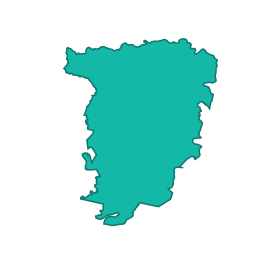 outline of Rosamorada, Nayarit, Mexico, rotated 282°
{"feature_id": "50627088B89463158641858", "entity_name": "Rosamorada", "entity_type": "district", "adm_level": 2, "iso_a3": "MEX", "parent_name": "Mexico", "parent_adm1": "Nayarit", "projection": "natural_earth1", "projection_center": [-105.198, 22.15], "detail": "fine", "context": "isolated", "style": "filled", "palette": "teal", "viewbox_px": 256, "rotation_deg": 282, "n_neighbors": 0, "source": "geoboundaries", "source_scale": "gbopen_adm2", "svg_char_len": 5808}
<svg xmlns="http://www.w3.org/2000/svg" viewBox="0 0 256 256"><g transform="rotate(282 128 128)"><path d="M127.7,87.1L126.9,85.2L124.8,85.4L125.1,86.9L123.2,86.5L123.4,88.1L118.6,88.8L118.1,94.9L115.4,95.0L107.6,90.3L99.3,93.2L99.8,93.8L100.5,93.8L100.7,94.4L101.4,94.8L101.3,95.8L101.4,96.8L95.3,102.6L86.5,99.7L93.9,96.0L93.3,94.3L94.8,94.1L94.7,91.3L93.5,89.3L92.8,88.8L90.8,89.7L87.1,94.1L84.6,94.6L83.1,94.6L82.5,94.3L79.6,94.7L79.8,95.8L79.6,96.0L78.6,95.8L79.0,99.4L80.9,105.6L74.5,111.3L75.1,109.6L74.2,109.0L73.5,107.1L73.0,106.8L72.3,106.9L72.5,107.3L72.2,107.9L70.8,108.0L70.2,108.3L69.1,108.1L68.2,109.0L67.5,108.7L66.5,108.9L65.8,108.2L65.7,107.6L65.0,108.0L64.2,107.5L63.5,107.8L63.1,109.0L62.4,109.9L61.6,109.9L60.5,111.0L60.5,111.3L60.0,111.3L59.8,111.1L59.1,111.4L59.3,110.1L57.9,110.1L57.6,107.6L58.5,106.4L58.5,104.5L58.1,104.5L57.8,105.1L57.4,105.1L57.3,104.7L56.7,104.5L55.9,106.9L55.5,106.8L55.1,105.1L54.3,104.5L54.0,103.3L53.6,103.0L52.5,103.0L52.3,102.3L51.9,102.3L50.3,99.6L50.4,99.1L51.7,98.9L51.7,97.4L50.8,97.3L50.6,97.6L50.3,97.4L50.1,96.3L48.8,96.5L48.5,119.6L42.8,120.7L42.1,120.4L41.6,119.6L41.7,118.0L41.1,117.9L40.1,119.2L39.1,120.0L36.9,119.5L36.8,117.3L35.2,115.4L35.1,114.7L33.4,115.4L32.8,118.4L33.1,120.3L34.7,122.6L36.7,124.5L37.4,124.8L38.5,126.4L40.6,131.2L42.1,133.5L42.8,135.3L43.0,136.4L41.4,137.2L40.4,135.9L39.3,135.0L38.8,135.0L38.1,134.1L38.2,131.4L38.0,131.0L37.9,129.0L37.5,128.6L37.0,127.1L35.4,125.6L33.4,124.6L31.2,124.2L29.1,124.4L29.4,126.8L29.3,132.4L30.8,137.0L32.1,139.8L33.2,143.8L34.7,144.9L35.7,145.2L36.3,145.0L37.9,145.8L42.2,150.7L44.0,151.0L44.8,150.7L45.9,150.9L46.4,150.7L46.5,150.0L47.3,150.0L49.5,151.8L51.3,152.2L52.3,153.1L54.1,153.6L54.8,154.4L55.2,154.5L55.4,154.1L55.8,154.3L56.2,154.0L57.3,154.5L57.4,174.3L67.3,184.4L73.8,185.1L76.6,179.9L77.0,180.3L78.6,182.9L82.1,184.0L84.0,183.7L84.4,183.3L85.0,183.1L89.3,183.8L92.2,182.7L94.6,182.6L96.9,181.7L98.0,182.0L99.0,182.6L99.6,183.6L100.3,185.9L100.3,188.0L100.5,188.7L101.0,186.7L109.7,192.1L113.6,196.1L113.4,199.7L113.0,199.9L112.1,199.2L111.3,199.9L111.8,200.3L111.6,200.6L112.3,200.9L114.4,203.1L116.2,203.9L117.2,203.9L117.3,203.5L119.6,202.7L122.4,202.3L123.9,203.0L124.7,203.8L125.3,203.5L125.8,202.5L126.4,199.6L126.3,196.3L126.6,195.3L127.4,194.4L129.3,193.7L130.5,194.0L131.7,195.1L132.2,197.3L133.1,199.4L133.1,200.5L133.8,201.4L134.1,200.7L136.3,198.5L148.2,199.9L150.2,197.6L150.7,196.3L154.3,194.6L154.5,195.1L154.1,195.4L154.5,195.8L155.5,195.9L156.2,195.7L156.7,194.5L157.5,194.1L158.2,194.3L158.5,195.0L159.5,195.6L159.6,196.0L160.3,196.0L161.1,194.7L162.5,194.4L163.1,193.9L163.8,191.8L164.4,191.3L165.1,191.2L166.1,191.3L167.8,192.7L168.5,193.3L169.2,194.8L168.1,196.6L168.7,197.2L168.3,198.0L167.4,198.0L167.4,199.1L167.0,199.2L167.0,199.8L166.6,199.8L166.6,200.5L166.2,201.3L163.8,203.8L170.6,203.6L171.9,204.4L178.6,204.4L178.7,203.9L178.4,203.0L179.1,202.7L179.5,201.5L182.1,200.1L182.6,200.2L184.9,198.2L184.9,196.6L185.3,196.1L185.3,195.6L185.2,193.1L185.6,192.6L187.4,193.2L188.0,194.1L189.5,197.9L189.8,201.7L192.0,204.3L194.5,203.7L197.0,202.3L197.6,202.3L198.4,202.6L205.0,201.8L207.3,202.2L209.3,201.0L210.9,200.9L212.4,201.3L213.3,200.8L213.5,199.9L214.5,197.9L215.1,197.8L216.2,197.0L216.6,196.4L216.7,195.2L216.5,194.8L216.8,194.0L216.7,193.0L218.2,189.2L218.2,188.6L218.8,187.9L219.3,188.0L220.0,187.3L220.8,185.6L220.7,184.7L219.8,183.5L217.2,181.9L215.4,180.4L214.6,179.1L214.6,177.9L215.0,177.3L215.6,177.2L217.0,178.0L218.3,178.0L219.4,177.1L219.6,176.2L219.0,174.6L218.9,173.4L219.2,172.6L219.8,172.2L221.6,172.5L223.0,172.3L223.7,171.5L224.1,170.7L223.6,168.5L224.2,167.8L224.9,167.9L226.2,167.1L226.7,165.9L226.9,165.0L226.3,162.2L225.6,161.0L224.9,160.3L223.4,159.6L222.1,159.7L221.4,158.9L221.0,158.0L220.9,157.1L221.4,156.3L221.7,154.8L220.8,153.6L220.1,153.1L219.8,151.2L220.9,148.7L221.5,148.2L222.2,145.8L221.7,144.0L221.0,143.4L219.0,139.1L218.6,136.6L217.8,134.3L215.4,131.0L215.5,129.9L216.2,129.3L216.8,127.6L217.2,127.1L216.9,125.8L216.4,125.5L215.3,125.9L214.8,128.1L214.7,128.3L213.9,128.2L212.9,127.1L212.9,125.7L212.5,124.7L210.8,122.8L210.0,122.3L208.9,119.9L209.2,118.2L209.1,117.9L210.1,115.9L210.5,114.6L209.3,111.1L209.5,110.1L210.3,108.8L210.4,107.3L209.3,105.7L207.8,104.6L206.5,104.2L205.5,104.8L204.4,103.7L202.6,103.2L202.2,102.6L202.6,101.4L200.8,99.0L200.8,98.0L201.5,96.1L201.5,93.7L201.9,91.1L201.8,90.1L202.3,88.9L202.5,87.2L202.0,86.4L202.1,85.8L201.5,84.6L199.6,83.1L198.5,80.3L198.7,78.7L197.8,77.8L197.5,78.2L197.3,77.8L197.2,77.1L198.3,74.7L198.7,72.7L197.6,71.4L196.2,70.9L195.3,70.7L194.4,71.0L192.7,71.2L192.1,70.9L190.6,66.7L190.5,65.3L191.0,64.2L189.2,62.4L189.6,61.7L190.4,61.6L190.7,61.2L191.5,59.8L191.9,57.8L192.9,56.7L193.5,55.6L193.9,53.9L193.7,53.1L194.0,52.1L192.4,51.6L190.9,52.1L189.2,51.8L188.1,52.1L187.8,53.0L187.1,53.0L185.8,53.9L184.6,53.7L183.8,54.0L182.7,53.5L182.3,54.6L180.9,55.5L180.1,55.3L178.8,56.2L177.8,55.2L177.0,55.3L176.1,54.9L175.1,53.9L173.7,53.9L172.9,52.9L172.3,53.8L171.8,55.0L171.0,55.4L170.3,55.4L169.4,55.9L169.3,56.9L169.8,57.0L169.9,57.3L169.2,58.1L169.1,59.5L168.7,60.0L169.4,60.7L169.6,62.0L168.5,63.3L168.8,63.9L168.5,64.4L168.9,65.1L168.8,67.0L169.2,69.0L168.3,69.4L168.6,69.7L168.6,70.5L168.3,70.7L168.8,71.1L168.9,72.9L168.5,73.7L168.0,76.8L168.1,79.1L167.1,80.0L166.8,80.0L165.7,81.4L165.3,82.5L164.6,82.9L164.0,83.9L163.3,84.1L162.8,85.2L161.8,85.3L161.8,85.9L161.0,86.7L159.9,88.7L159.5,88.8L159.0,88.5L158.6,89.1L157.5,89.7L156.5,89.5L155.5,88.5L154.0,89.7L153.7,89.5L153.4,88.2L152.2,87.1L152.1,86.3L151.3,87.0L147.8,86.3L146.5,85.7L146.3,85.3L145.5,85.9L141.6,84.6L141.1,83.7L141.2,83.1L140.9,83.7L141.0,84.1L140.7,84.1L139.4,83.3L138.3,83.5L131.4,82.5L131.5,85.2L129.6,85.2L127.7,87.1Z" fill="#14b8a6" stroke="#0f766e" stroke-width="1.5"/></g></svg>